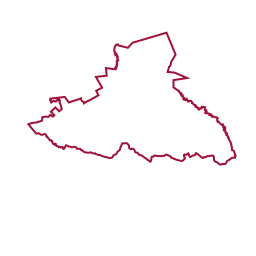 the district of Shamva, Mashonaland Central, Zimbabwe, rotated 61°
{"feature_id": "62879985B93379184763454", "entity_name": "Shamva", "entity_type": "district", "adm_level": 2, "iso_a3": "ZWE", "parent_name": "Zimbabwe", "parent_adm1": "Mashonaland Central", "projection": "mercator", "projection_center": [31.712, -17.164], "detail": "fine", "context": "isolated", "style": "outline", "palette": "rose", "viewbox_px": 256, "rotation_deg": 61, "n_neighbors": 0, "source": "geoboundaries", "source_scale": "gbopen_adm2", "svg_char_len": 5756}
<svg xmlns="http://www.w3.org/2000/svg" viewBox="0 0 256 256"><g transform="rotate(61 128 128)"><path d="M88.3,211.0L88.6,210.1L89.3,209.5L89.3,208.5L91.2,207.7L92.4,206.5L92.7,204.1L93.6,203.1L94.3,203.1L95.8,203.4L96.1,203.0L96.8,203.1L97.4,202.7L98.1,202.8L98.7,202.5L101.2,202.2L101.3,201.3L102.6,200.8L103.1,200.7L103.5,201.2L104.2,201.1L104.9,201.2L106.1,201.0L106.3,200.6L106.3,199.4L106.6,199.0L107.0,198.9L107.1,199.5L107.6,199.7L107.8,199.2L108.9,199.4L109.6,198.6L110.4,198.0L111.0,198.0L111.2,197.0L112.3,196.5L112.3,196.3L112.5,196.2L112.6,194.9L113.0,194.3L114.0,194.7L115.0,194.6L115.2,194.4L114.4,192.4L113.5,191.6L113.4,191.0L113.1,190.4L115.2,189.1L116.1,187.7L117.8,186.4L118.2,184.3L119.5,182.9L120.3,182.6L121.4,182.8L122.4,181.0L123.1,180.0L123.5,179.9L123.8,179.7L124.5,179.7L125.4,178.7L126.8,178.6L127.5,178.0L128.1,177.7L128.9,176.9L129.2,176.1L130.0,175.4L130.8,174.0L130.8,173.4L131.3,172.4L131.6,171.9L132.4,171.7L133.0,171.1L133.6,170.4L134.2,169.0L135.3,168.7L137.1,167.0L138.4,165.3L139.3,164.8L142.2,162.2L143.6,160.4L145.5,158.6L146.2,156.4L145.5,154.8L144.8,153.9L144.8,152.6L145.0,151.9L145.1,151.3L144.5,149.7L143.7,148.6L143.2,145.9L142.3,144.8L141.5,144.3L140.1,142.3L138.7,140.7L138.9,140.0L139.7,138.7L140.0,137.4L141.2,136.2L142.9,135.7L144.0,135.7L145.2,136.6L147.0,136.4L147.8,136.0L148.0,135.7L148.1,134.3L148.7,133.5L149.8,133.1L150.4,133.0L152.2,133.4L152.9,133.2L153.4,132.9L154.2,131.6L156.6,131.4L157.2,131.0L157.9,130.0L159.7,128.9L164.5,126.6L165.2,126.5L166.5,125.6L167.5,125.3L168.3,124.8L168.2,124.3L167.4,123.6L166.7,122.7L165.3,121.9L164.7,121.1L164.7,120.8L165.3,119.9L164.9,117.9L166.2,116.7L168.4,113.2L168.9,111.8L169.6,110.6L169.7,110.0L170.0,109.6L169.6,108.3L169.7,107.8L170.2,107.0L173.2,104.7L174.0,104.5L174.8,104.7L176.1,103.4L177.4,102.6L178.1,101.9L179.6,100.7L182.8,97.2L183.1,95.5L182.1,93.0L181.5,92.6L180.1,92.8L179.2,92.5L178.7,92.1L178.6,91.6L178.6,91.3L179.6,90.4L179.7,90.1L179.6,89.1L179.3,88.3L179.4,87.6L180.6,87.6L182.4,88.0L183.6,87.7L183.7,87.4L183.4,86.9L183.6,85.7L183.5,84.6L184.0,83.0L184.1,82.0L183.9,81.6L182.9,81.0L182.9,80.7L184.0,80.0L185.7,79.3L186.4,78.9L188.1,78.5L188.9,77.9L189.6,77.7L189.9,77.3L190.6,76.8L190.7,76.5L190.3,76.0L191.1,74.2L191.0,72.3L191.5,71.7L192.7,68.0L193.1,67.7L193.4,67.0L194.9,66.8L196.6,67.8L197.9,68.3L199.7,68.0L200.6,67.2L202.4,66.1L203.4,66.0L204.0,65.6L204.5,65.2L205.3,64.1L205.1,63.1L206.4,60.8L206.5,59.9L206.2,59.0L205.2,57.9L204.9,56.8L204.9,53.6L204.4,52.0L204.7,51.4L205.0,50.0L206.0,48.7L204.9,48.1L204.3,47.3L203.7,47.5L203.7,47.3L202.9,47.0L201.5,46.9L199.4,46.5L198.8,46.8L197.9,47.6L197.5,47.7L195.8,46.9L195.7,46.5L195.3,46.3L194.1,46.4L193.0,45.8L191.4,45.6L190.5,45.1L187.3,45.4L186.0,44.8L185.5,44.8L185.1,45.2L184.9,44.7L183.7,44.5L182.8,44.8L181.9,45.4L181.6,45.3L181.3,44.6L180.9,44.0L179.8,45.0L179.2,45.1L178.9,44.9L178.5,44.3L177.6,44.5L177.3,44.2L176.9,44.1L176.6,45.2L176.1,45.3L175.8,44.9L175.9,43.3L174.4,42.7L173.8,42.9L173.7,43.5L174.0,43.9L173.9,44.3L173.0,44.2L172.3,43.5L170.9,43.2L170.8,43.4L171.1,43.9L170.9,44.4L170.4,44.5L169.8,44.9L166.9,45.7L166.2,45.7L166.1,45.8L166.1,46.6L165.1,46.5L163.8,46.0L163.3,45.6L162.9,44.7L162.4,44.7L161.6,45.4L160.7,46.7L159.2,47.9L159.1,48.7L158.5,48.3L158.0,48.3L157.7,48.4L157.7,49.1L157.3,49.5L156.0,49.0L155.9,49.5L156.2,50.1L156.1,50.5L155.1,50.0L154.5,50.2L154.2,50.9L153.7,51.3L152.5,53.2L152.0,53.1L151.3,52.2L151.2,51.7L151.7,51.3L151.5,51.1L150.7,51.0L150.0,51.2L149.5,52.0L148.2,51.4L147.6,50.8L147.0,50.8L146.5,51.3L146.7,51.1L146.7,51.5L146.1,51.7L145.9,52.2L145.3,53.0L145.3,53.4L146.4,53.9L146.6,54.2L146.4,54.7L145.6,55.5L145.7,56.0L146.3,56.7L146.2,57.2L144.9,57.4L144.2,57.1L143.3,57.4L143.1,58.2L142.9,58.3L142.4,58.1L142.2,58.7L141.2,58.4L140.9,57.9L140.6,57.9L140.4,58.1L140.2,58.7L139.1,59.2L137.9,59.2L137.2,60.0L136.2,59.5L135.9,59.5L135.1,59.6L134.7,59.9L134.5,60.6L133.9,61.2L134.3,62.1L134.1,62.6L133.4,62.7L132.8,62.5L132.4,62.8L130.9,62.5L130.9,63.1L131.5,63.5L131.6,64.0L130.1,65.6L129.5,65.6L129.1,65.3L129.4,64.6L129.2,64.2L128.3,64.4L127.0,65.0L126.3,64.5L126.2,65.4L125.7,65.5L124.7,65.4L124.5,64.8L124.3,64.7L124.2,65.3L123.8,65.3L123.0,64.9L122.8,65.5L122.2,65.3L121.4,65.7L120.7,65.8L120.1,65.5L119.8,66.0L114.5,68.5L108.2,65.0L112.9,52.1L102.2,60.3L98.2,66.2L94.4,62.4L94.3,61.3L92.6,59.1L91.5,58.7L86.4,50.1L86.5,50.4L85.9,50.7L63.3,48.1L55.6,82.8L57.8,89.2L51.2,96.3L49.8,96.4L49.5,98.2L49.8,98.5L49.8,99.0L50.3,99.4L51.0,100.6L51.5,100.8L51.8,101.3L52.5,101.6L53.4,102.5L54.0,102.6L54.4,102.9L55.5,102.5L56.2,103.1L56.3,102.8L56.7,102.6L56.6,103.0L56.8,103.3L57.3,103.0L57.9,103.0L58.3,103.5L58.7,102.5L59.2,102.3L60.3,103.1L60.6,102.5L61.0,102.5L61.5,103.5L62.4,103.9L62.9,103.9L63.5,103.4L63.9,103.5L64.1,103.7L64.0,104.6L64.4,104.9L64.2,105.3L64.5,105.4L64.7,105.8L65.0,105.6L66.0,106.1L66.6,106.8L67.1,106.7L67.5,107.4L68.3,107.5L68.4,108.5L68.9,108.5L69.0,109.4L69.7,109.1L70.1,109.4L70.2,109.8L70.7,110.4L64.9,118.2L71.9,121.3L67.8,131.3L80.2,131.1L80.0,137.8L85.1,138.0L85.1,148.4L84.8,151.0L85.0,154.6L84.7,154.5L84.8,153.5L84.0,153.9L83.1,154.7L82.3,155.2L80.2,155.2L79.3,154.7L78.9,157.4L76.9,167.5L70.2,168.2L64.7,181.6L65.6,181.7L65.6,182.5L66.1,182.5L66.1,182.1L66.4,181.9L67.0,182.0L67.9,182.6L67.9,182.1L68.5,182.2L68.3,181.2L68.4,179.7L69.7,178.6L69.9,178.2L69.8,177.9L69.3,177.5L69.6,176.0L69.3,175.8L69.1,176.1L68.6,175.8L68.6,175.4L69.1,175.2L70.0,175.0L70.0,174.4L71.1,174.3L71.6,174.7L71.8,175.2L72.5,175.5L73.6,175.4L75.1,175.8L76.5,175.9L77.5,176.4L79.0,176.4L79.1,176.0L80.0,180.1L74.8,181.6L76.4,187.5L81.1,186.2L81.6,188.2L78.8,189.5L79.7,192.3L78.2,194.3L77.0,197.7L79.9,199.6L78.9,205.0L77.0,209.7L76.4,213.3L86.3,211.5L88.3,211.0Z" fill="none" stroke="#9f1239" stroke-width="2"/></g></svg>